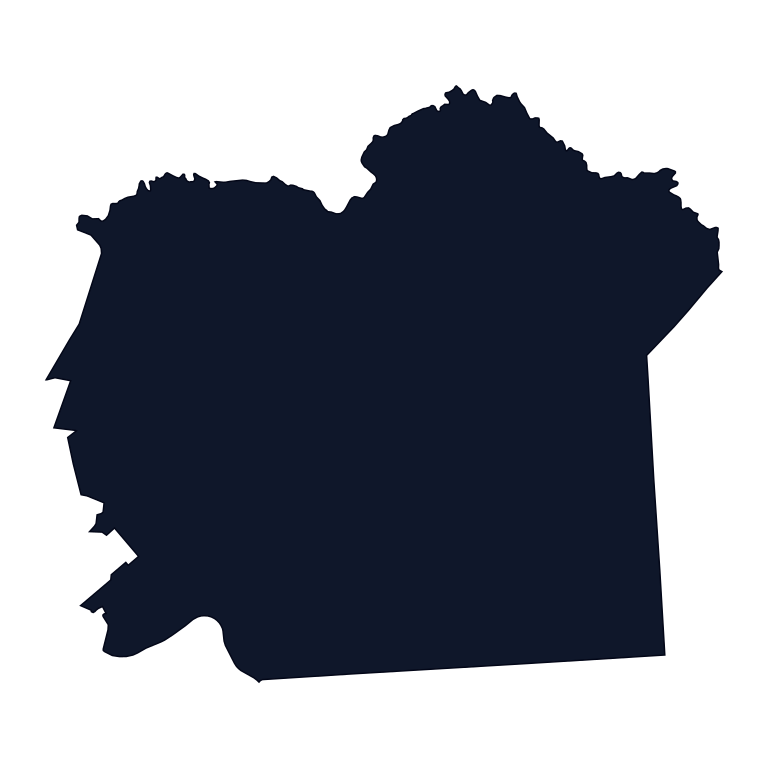 the district of Mitcham, South Australia, Australia, rotated 180°
{"feature_id": "25037944B96315201731576", "entity_name": "Mitcham", "entity_type": "district", "adm_level": 2, "iso_a3": "AUS", "parent_name": "Australia", "parent_adm1": "South Australia", "projection": "robinson", "projection_center": [138.632, -35.007], "detail": "fine", "context": "isolated", "style": "filled", "palette": "ink", "viewbox_px": 768, "rotation_deg": 180, "n_neighbors": 0, "source": "geoboundaries", "source_scale": "gbopen_adm2", "svg_char_len": 6102}
<svg xmlns="http://www.w3.org/2000/svg" viewBox="0 0 768 768"><g transform="rotate(180 384 384)"><path d="M687.4,162.4L677.0,157.9L676.6,156.3L674.8,155.5L673.1,156.5L671.6,158.1L669.6,159.6L665.5,161.5L661.9,154.5L663.7,154.2L664.9,153.3L665.1,152.3L664.8,151.4L659.7,143.3L660.0,138.1L664.8,118.9L664.7,117.5L663.4,116.4L655.7,112.5L648.4,111.4L641.7,111.5L635.0,113.0L630.4,115.1L622.0,119.9L606.8,126.2L603.4,127.9L595.3,133.2L582.8,142.2L575.0,148.6L570.4,151.1L566.9,152.1L564.0,152.3L560.3,152.1L556.7,151.1L553.5,149.5L551.1,147.7L548.6,145.1L547.0,142.6L545.5,139.4L545.0,137.1L543.9,126.9L542.6,122.6L533.5,104.7L531.5,101.6L529.4,99.4L527.1,97.5L514.1,90.2L511.2,88.0L509.0,85.9L507.7,87.4L505.7,88.4L419.5,93.9L240.8,104.5L103.2,113.0L108.2,197.6L114.2,288.0L120.0,390.0L121.4,412.6L93.7,441.6L79.6,457.6L60.9,480.0L46.1,496.4L48.8,497.9L49.3,498.8L49.5,500.1L49.4,503.4L50.8,515.9L49.2,519.3L49.0,522.3L49.0,525.8L49.5,528.4L50.8,530.4L50.9,531.5L50.0,537.2L49.9,539.8L51.3,540.5L52.8,540.5L58.2,538.5L61.5,539.6L64.5,542.1L66.7,543.3L69.5,546.0L70.5,547.2L71.0,548.3L71.1,550.3L71.0,551.2L70.0,553.3L70.2,554.2L74.7,555.8L77.6,558.8L79.4,560.1L82.0,559.9L84.9,558.5L85.7,558.5L86.6,559.2L87.0,561.7L87.0,565.5L87.4,568.5L87.8,569.5L89.4,570.9L91.6,572.1L94.3,573.2L98.5,575.8L99.1,576.6L99.2,577.6L98.4,578.9L96.8,580.0L91.3,582.3L90.3,583.7L90.0,585.0L90.5,585.7L91.7,586.5L95.5,587.2L96.3,589.0L96.4,590.0L95.7,591.5L92.6,595.0L92.6,596.3L93.4,596.9L100.2,599.4L101.9,599.5L105.2,599.0L107.7,597.7L109.1,596.3L110.9,595.2L113.7,594.4L118.2,594.9L123.8,594.9L125.2,595.8L126.2,595.9L128.7,593.6L132.2,589.6L133.8,588.8L135.9,588.4L140.4,590.2L143.3,590.1L144.5,590.4L145.9,591.2L146.2,591.6L146.8,594.1L147.3,594.9L147.8,595.4L149.5,595.7L151.0,594.9L153.8,592.1L156.9,591.3L163.1,590.5L166.4,589.3L168.0,589.5L168.5,590.1L169.0,591.5L169.4,593.6L170.2,594.6L171.9,595.1L176.2,595.2L180.7,597.3L181.0,597.8L181.3,600.0L181.3,602.8L182.0,605.5L183.5,606.9L185.2,607.6L185.7,608.2L185.7,609.8L185.2,612.8L185.9,614.2L189.6,616.4L193.2,617.2L194.7,617.8L196.8,619.9L197.6,620.2L198.4,620.1L199.2,619.5L200.6,617.5L201.4,617.1L201.9,617.3L202.7,618.6L203.3,622.1L205.7,626.9L207.6,627.2L210.6,625.8L211.6,625.9L212.7,626.9L214.8,630.0L221.0,635.0L224.2,639.0L226.1,640.2L228.0,640.5L228.6,640.9L229.0,642.7L228.8,648.1L229.2,649.7L230.3,650.0L232.9,650.1L235.5,649.0L237.9,649.1L238.3,649.4L241.2,654.9L243.5,660.4L247.1,664.3L248.4,666.2L250.9,671.4L251.7,674.3L252.0,674.8L253.5,674.9L254.5,674.4L256.0,672.9L257.1,670.5L257.5,670.3L259.4,670.3L262.4,670.9L267.7,672.4L271.1,672.6L273.9,670.6L274.5,669.8L275.4,667.5L275.1,666.4L275.4,665.0L276.9,663.0L278.3,662.7L282.3,665.6L288.2,667.7L290.6,671.9L292.6,676.5L293.6,677.7L295.0,678.3L296.4,677.8L299.7,675.3L301.5,673.1L303.3,672.9L305.0,674.0L306.7,677.4L308.0,679.2L309.7,680.3L311.1,681.7L311.8,682.1L312.8,681.2L314.1,678.9L315.9,677.5L318.8,675.8L322.1,675.2L322.6,674.7L323.0,673.5L322.8,672.1L319.9,668.9L318.5,666.9L318.3,664.9L318.8,663.9L319.5,663.5L323.3,663.7L325.3,662.1L326.4,661.5L327.2,660.8L327.8,659.5L327.5,657.7L328.2,656.7L330.1,656.6L330.7,656.9L331.5,657.9L333.2,661.4L335.0,662.4L336.3,662.4L337.1,662.0L338.3,660.7L341.7,659.9L342.1,659.6L344.5,659.4L350.1,656.9L354.8,654.4L355.7,654.2L356.9,652.5L358.9,651.7L360.5,650.4L362.0,649.7L364.0,649.5L365.3,648.2L365.5,646.5L366.5,645.7L367.2,644.6L369.8,643.5L373.7,642.5L377.8,640.4L379.0,638.0L380.2,633.7L381.0,632.6L382.2,631.7L385.1,630.8L387.4,631.0L390.3,632.2L391.7,632.4L392.9,632.6L394.1,632.0L394.8,630.1L394.7,628.2L395.1,626.5L396.8,624.6L400.0,621.7L401.4,618.2L403.7,616.1L406.2,610.8L406.8,608.0L406.6,606.5L405.8,604.7L403.4,601.2L401.2,599.9L397.0,596.0L394.7,594.3L392.6,592.3L391.6,590.3L391.3,587.9L392.0,585.7L394.8,583.9L397.3,578.8L400.3,575.7L403.9,570.3L405.3,569.7L406.1,569.6L411.0,571.0L413.2,571.3L413.9,571.2L415.5,570.2L415.9,570.2L417.7,568.1L421.5,560.9L423.2,558.1L424.6,556.5L427.4,554.5L429.7,554.2L432.1,554.2L436.7,555.9L440.1,556.3L440.8,556.7L441.1,557.4L443.3,559.0L445.0,561.4L446.0,562.9L448.1,567.4L451.7,571.2L453.6,575.0L454.5,576.0L456.1,576.8L457.4,576.8L464.2,578.2L465.0,578.5L465.4,579.2L469.7,580.3L471.6,581.6L475.0,582.7L477.3,582.9L479.5,581.9L480.4,582.0L482.9,583.6L485.8,586.3L488.3,587.4L491.4,590.1L494.5,591.6L496.2,590.9L497.1,588.2L498.7,586.6L501.1,585.1L502.6,584.9L512.3,585.2L517.7,586.4L521.6,587.6L525.4,587.9L537.9,586.6L542.2,585.8L544.6,585.7L551.8,586.4L552.9,586.1L550.8,583.8L550.9,582.9L551.3,582.1L553.5,580.1L555.0,579.5L557.0,579.4L558.7,579.8L558.9,580.4L559.1,583.7L558.6,585.4L559.6,587.1L562.4,588.8L565.3,590.0L569.3,592.0L572.6,594.4L573.9,594.5L574.3,593.6L574.1,592.2L573.1,589.1L573.8,587.1L574.9,586.3L577.1,586.3L578.6,585.9L580.7,586.8L581.6,587.8L582.3,589.4L583.4,590.5L583.3,592.9L583.8,593.7L585.0,593.8L587.8,590.7L589.2,589.9L591.7,590.6L594.9,592.1L600.5,595.1L601.5,595.0L602.6,594.2L604.5,591.2L605.9,590.7L608.0,589.3L608.7,589.4L610.9,590.8L611.8,590.8L612.0,590.2L612.0,587.9L613.0,586.7L614.4,586.3L616.8,587.0L618.2,586.7L618.6,585.4L617.6,582.4L617.3,578.3L617.5,577.3L618.0,576.9L619.9,577.4L621.5,579.1L622.8,581.5L623.6,584.3L624.9,586.6L626.0,587.2L627.2,586.9L628.8,583.9L628.7,583.3L629.4,579.6L630.7,576.6L630.9,574.8L631.3,573.2L632.3,572.5L634.1,571.8L640.0,570.8L643.1,569.6L646.1,567.9L648.2,567.2L649.2,566.3L650.3,564.6L653.0,564.4L655.2,564.5L656.9,563.8L657.5,562.0L658.0,557.7L659.7,552.3L662.4,548.7L664.8,547.0L666.5,546.7L668.2,548.0L669.4,549.3L675.7,549.1L680.7,552.1L686.2,552.7L688.0,551.9L688.6,551.4L688.9,549.9L689.0,545.7L691.4,542.8L690.4,538.2L677.2,533.0L676.3,532.1L668.2,522.8L666.8,519.4L666.5,515.1L666.3,515.0L688.8,443.9L698.3,428.5L721.9,388.2L721.2,388.2L713.0,390.3L697.3,387.3L714.1,340.2L692.5,337.6L691.6,337.2L700.3,330.5L694.7,304.0L686.9,273.3L681.1,272.2L663.9,265.2L664.9,255.9L666.7,254.4L670.9,253.2L671.9,244.4L673.5,241.8L678.4,236.4L665.9,235.9L661.5,232.8L653.5,240.0L629.4,211.6L639.8,202.7L642.2,205.6L656.7,193.3L657.2,188.0L687.4,162.4Z" fill="#0f172a" stroke="#020617" stroke-width="1.5"/></g></svg>